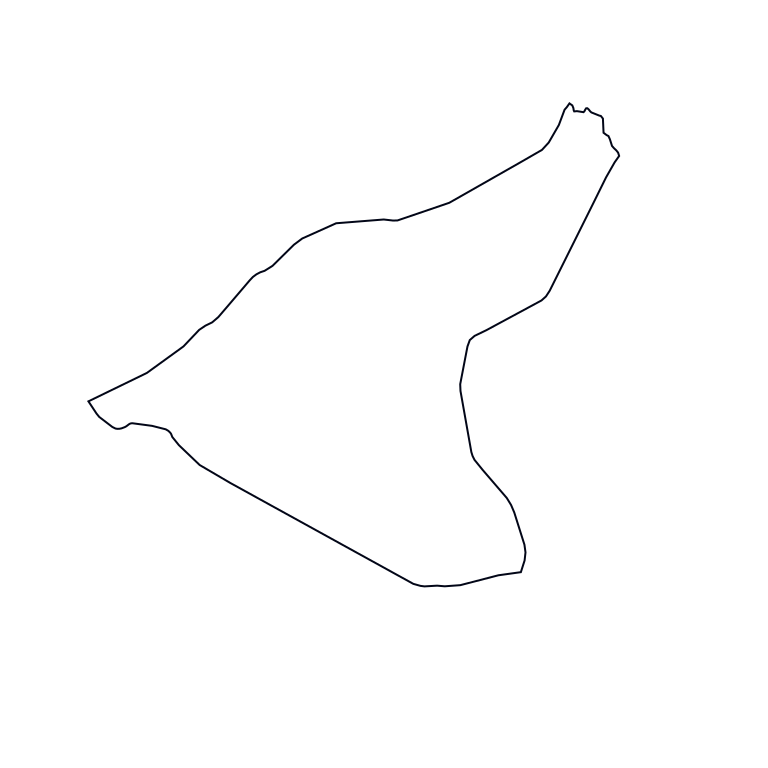 outline of Hasaka (Al Haksa), rotated 344°
{"feature_id": "SYR-141", "entity_name": "Hasaka (Al Haksa)", "entity_type": "Province", "adm_level": 1, "iso_a3": "SYR", "parent_name": "Syria", "parent_adm1": "", "projection": "orthographic", "projection_center": [41.143, 36.439], "detail": "fine", "context": "isolated", "style": "outline", "palette": "ink", "viewbox_px": 768, "rotation_deg": 344, "n_neighbors": 0, "source": "natural_earth", "source_scale": "10m", "svg_char_len": 1472}
<svg xmlns="http://www.w3.org/2000/svg" viewBox="0 0 768 768"><g transform="rotate(344 384 384)"><path d="M639.6,165.4L641.8,168.1L642.1,170.9L641.8,173.4L642.0,174.4L644.7,174.9L650.7,177.7L651.8,177.1L653.0,175.8L654.3,174.7L655.5,175.0L656.4,176.4L657.4,178.8L658.2,180.1L665.0,185.4L666.3,186.1L667.6,189.2L664.3,203.0L666.6,206.1L668.1,207.5L668.6,211.0L668.8,218.0L670.1,220.8L671.6,223.3L672.8,226.1L672.9,229.6L666.8,234.5L654.4,246.6L634.3,268.7L595.3,311.3L569.0,340.0L563.8,344.5L558.4,347.1L497.2,360.5L484.4,362.7L478.6,365.4L474.6,370.9L457.2,405.2L455.6,411.8L449.2,473.5L449.3,477.6L450.1,481.9L455.2,493.9L470.6,527.4L472.8,535.3L473.8,543.4L474.7,577.2L473.6,584.9L470.5,592.4L463.7,602.6L441.2,599.4L401.9,598.4L386.6,595.2L379.5,592.5L367.1,589.7L363.4,588.1L357.1,584.2L209.0,436.8L184.5,411.1L170.0,386.3L165.9,376.6L165.6,373.4L165.3,372.4L165.0,371.7L163.8,369.6L161.7,367.4L149.5,360.3L131.4,352.4L130.5,352.2L129.5,352.1L128.6,352.2L127.8,352.4L124.7,353.6L123.0,354.0L119.4,354.3L117.3,354.1L115.3,353.6L113.6,352.8L111.0,350.4L101.2,337.2L99.5,333.2L95.1,319.2L159.1,308.0L201.6,292.6L221.3,281.0L228.4,278.7L235.8,277.4L243.2,274.0L257.3,264.7L283.4,247.4L287.4,245.0L291.6,243.4L295.9,242.5L300.4,242.3L309.4,239.7L335.8,225.3L345.5,221.6L382.3,216.3L429.1,225.8L437.8,229.4L442.1,230.5L496.7,227.8L578.3,208.0L600.4,202.5L608.9,197.3L623.5,183.2L633.2,170.1L636.0,168.3L639.6,165.4Z" fill="none" stroke="#020617" stroke-width="2"/></g></svg>